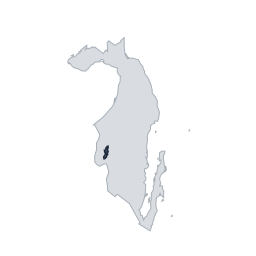 San Buenaventura, Coahuila, Mexico shown in context, rotated 218°
{"feature_id": "50627088B12868426200060", "entity_name": "San Buenaventura", "entity_type": "district", "adm_level": 2, "iso_a3": "MEX", "parent_name": "Mexico", "parent_adm1": "Coahuila", "projection": "equal_earth", "projection_center": [-101.864, 27.841], "detail": "fine", "context": "in_parent", "style": "filled", "palette": "slate", "viewbox_px": 256, "rotation_deg": 218, "n_neighbors": 0, "source": "geoboundaries", "source_scale": "gbopen_adm2", "svg_char_len": 5284}
<svg xmlns="http://www.w3.org/2000/svg" viewBox="0 0 256 256"><g transform="rotate(218 128 128)"><path d="M47.3,60.5L60.5,59.1L59.8,60.6L80.2,69.3L95.7,69.2L95.8,65.9L105.5,66.0L107.1,68.3L113.8,74.7L115.4,80.1L116.6,82.1L122.9,86.4L124.9,84.8L126.5,80.8L128.4,79.9L133.0,80.6L136.8,85.0L139.4,91.4L143.8,97.2L144.1,100.9L146.1,105.4L155.9,109.8L157.2,109.1L154.4,120.9L153.5,135.2L154.0,138.3L156.6,142.5L156.1,144.7L156.2,142.5L154.1,138.9L154.8,142.2L157.4,149.0L161.7,155.5L162.7,159.6L165.7,163.7L164.9,163.6L166.6,164.6L166.0,164.0L169.1,164.5L171.4,166.0L173.3,168.7L178.5,166.6L182.4,166.3L184.9,164.7L187.6,164.4L188.1,165.0L188.0,165.9L190.2,166.4L191.6,165.1L191.2,163.0L190.5,163.5L190.7,163.1L194.6,159.5L194.8,156.6L195.9,154.9L195.8,150.2L196.5,146.7L199.5,144.7L204.8,143.6L207.1,142.4L209.8,142.2L214.1,143.4L214.4,142.6L213.3,142.6L214.8,142.0L216.6,143.6L216.9,145.6L216.1,148.4L213.5,152.7L213.4,155.6L212.1,157.3L212.3,157.9L213.6,157.7L212.3,159.5L212.3,160.2L213.2,160.0L211.7,167.2L211.3,167.8L210.3,166.2L210.0,163.5L208.8,166.3L207.5,166.5L206.0,170.2L204.1,170.2L204.0,171.4L193.4,171.4L193.5,175.8L191.1,175.7L197.0,182.5L196.8,184.9L189.4,185.0L186.8,191.2L187.5,192.7L186.7,196.9L181.1,189.8L176.7,185.1L174.0,183.3L173.7,183.7L176.2,185.4L172.4,183.9L172.6,182.8L171.6,183.3L171.0,182.3L170.3,183.3L171.6,183.9L169.6,184.1L167.8,185.7L161.7,188.2L157.8,186.2L154.5,185.8L152.2,183.9L150.0,183.1L148.6,181.3L143.2,179.9L136.5,176.2L132.2,172.7L130.3,170.3L125.8,169.5L121.5,167.4L118.8,163.5L113.0,159.8L109.9,154.7L108.8,151.5L111.2,150.0L110.8,148.7L109.8,148.3L111.3,145.9L111.5,143.0L110.3,142.1L109.0,139.2L109.1,136.6L108.3,134.3L104.9,130.0L101.9,124.8L97.3,120.3L98.6,121.2L98.7,120.2L96.2,119.2L94.4,115.7L95.7,115.8L92.1,113.4L91.6,112.3L90.3,112.7L90.1,112.2L91.1,110.8L89.3,111.9L88.3,110.8L88.1,108.5L89.4,106.5L89.9,106.9L89.0,104.8L87.9,103.5L86.4,103.5L85.4,100.7L83.6,100.1L82.5,98.9L81.8,96.4L82.3,94.8L79.0,94.1L73.5,86.2L73.2,84.4L72.3,83.8L68.9,74.2L68.7,71.3L69.2,70.3L66.0,69.1L65.4,67.6L64.3,67.0L63.2,67.9L59.0,65.1L59.7,66.9L59.1,70.5L59.9,73.4L60.5,78.8L64.7,83.7L66.0,86.9L66.7,86.8L67.0,87.8L67.6,87.9L68.1,90.0L69.4,90.7L70.0,95.1L72.2,97.4L72.8,99.9L73.9,100.7L74.6,103.7L75.5,104.4L75.0,102.2L76.2,103.5L77.6,110.4L79.0,112.3L80.8,117.3L80.5,119.4L80.9,121.3L82.5,123.1L83.1,121.3L87.8,127.8L87.3,130.3L85.4,132.1L84.3,132.3L82.4,126.9L75.1,119.7L74.5,119.8L73.0,117.5L72.7,116.0L73.2,112.6L72.7,109.4L71.6,107.2L68.1,104.4L67.4,101.7L66.7,102.8L64.9,103.4L63.6,101.5L60.2,99.7L59.8,98.1L57.3,95.8L57.1,95.0L59.7,95.4L61.2,94.8L61.2,95.5L62.5,96.2L62.1,94.4L61.5,94.3L62.8,90.6L58.2,83.8L54.2,80.8L53.5,79.3L53.6,76.8L52.7,75.9L52.4,73.1L51.2,71.9L51.1,70.2L49.4,67.5L49.2,66.3L49.8,65.4L48.6,64.4L47.3,60.5ZM73.2,86.3L72.7,88.1L71.5,87.5L72.1,84.9L72.8,84.6L73.2,86.3ZM68.0,86.0L66.1,84.1L65.7,82.1L66.6,82.8L66.8,83.9L67.8,84.1L68.0,86.0ZM216.2,152.2L215.7,151.5L215.9,150.7L217.1,150.0L216.2,152.2ZM73.0,119.8L71.7,117.9L72.6,114.2L72.3,117.5L73.0,119.8ZM56.5,93.3L55.4,93.0L56.2,91.1L56.6,92.5L56.5,93.3ZM39.7,86.8L38.9,85.6L39.1,85.0L39.4,85.0L39.7,86.8ZM74.1,119.8L74.9,121.3L73.3,119.9L74.1,119.8ZM104.1,142.1L104.0,142.7L103.5,142.5L103.4,141.5L104.1,142.1ZM81.4,116.0L81.7,117.1L80.8,115.7L81.4,116.0ZM78.3,108.5L78.7,109.0L78.0,110.0L78.3,108.5ZM78.5,164.2L78.2,164.4L77.7,163.9L78.1,163.3L78.5,164.2ZM189.4,164.4L188.5,164.7L190.1,164.1L189.4,164.4ZM85.7,122.5L85.3,122.4L85.2,121.3L85.7,122.5Z" fill="#d9dde1" stroke="#a8b0b8" stroke-width="1"/><path d="M132.7,95.8L132.6,95.7L132.4,95.4L132.2,95.3L132.1,95.2L131.8,95.1L131.7,95.1L131.4,95.0L131.3,94.9L131.2,94.9L131.0,95.0L130.9,95.0L130.9,94.9L130.8,95.0L130.8,94.9L130.7,94.9L130.5,94.7L130.4,94.6L130.3,94.4L130.2,94.3L130.2,94.2L130.1,93.9L130.0,93.7L129.9,93.7L129.7,93.6L129.4,93.5L129.5,92.9L129.5,92.6L129.5,92.4L129.5,92.2L129.5,91.9L129.5,91.7L129.5,91.4L129.4,91.3L129.5,91.1L129.5,90.9L129.4,90.6L129.4,90.4L129.3,90.2L129.2,90.1L129.0,89.8L128.8,89.8L128.6,89.7L128.4,89.5L128.2,89.3L128.1,89.2L128.0,88.9L127.9,88.9L127.8,89.1L127.6,89.3L127.5,89.6L127.5,89.8L127.4,90.0L127.3,89.9L127.2,89.7L127.2,89.8L127.3,90.1L127.3,90.6L127.4,90.9L127.4,91.1L127.4,91.3L127.1,91.7L127.2,91.8L127.3,92.0L127.4,92.3L127.5,92.5L127.6,92.8L127.6,93.0L127.7,93.5L127.8,93.8L127.9,94.0L128.0,94.0L128.1,93.9L128.3,93.8L128.5,94.0L128.5,94.5L128.4,94.6L128.5,94.6L128.4,94.6L128.2,94.7L128.3,94.8L128.4,95.0L128.5,94.8L129.0,95.2L128.9,95.6L128.8,96.1L128.9,96.4L129.1,96.1L129.2,96.3L129.2,96.5L129.3,96.7L129.3,96.8L129.4,97.0L129.5,97.2L129.5,97.3L129.6,97.5L129.8,97.6L130.1,97.8L130.2,97.7L130.3,97.6L130.6,97.6L130.7,97.8L130.8,98.0L131.0,98.5L131.2,99.0L131.3,99.3L131.5,99.4L131.5,99.5L131.6,99.8L131.7,99.7L131.9,99.7L131.9,99.8L132.1,99.9L131.8,100.0L131.6,99.9L131.5,100.1L131.6,100.4L131.8,100.5L132.0,100.7L132.1,100.8L132.3,101.0L132.3,100.9L132.4,101.0L132.5,101.0L132.8,101.0L132.9,100.9L132.9,101.0L132.9,100.9L133.0,100.9L133.1,100.7L133.0,100.4L132.9,100.2L132.7,100.2L132.8,99.9L132.8,99.7L132.9,99.4L132.9,99.2L133.0,98.9L132.9,98.9L132.9,98.4L132.7,98.0L132.7,97.8L132.7,97.6L132.6,97.4L132.5,97.2L132.4,97.1L132.3,96.9L132.2,96.7L132.1,96.4L132.1,96.1L132.3,96.0L132.7,95.8Z" fill="#64748b" stroke="#1e293b" stroke-width="1.5"/></g></svg>